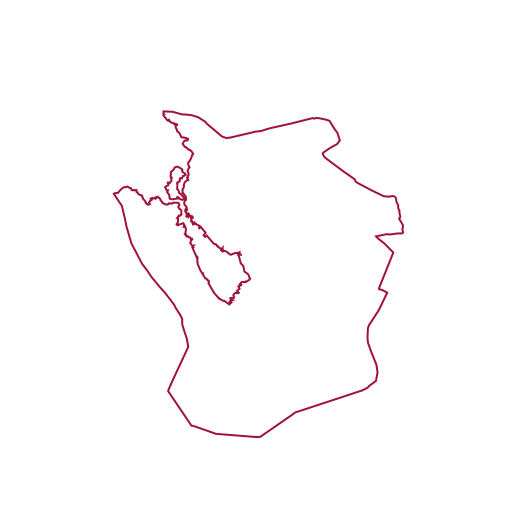 Kota Kendari, Sulawesi Tenggara, Indonesia (Mercator projection), rotated 236°
{"feature_id": "22746128B80961359079738", "entity_name": "Kota Kendari", "entity_type": "district", "adm_level": 2, "iso_a3": "IDN", "parent_name": "Indonesia", "parent_adm1": "Sulawesi Tenggara", "projection": "mercator", "projection_center": [122.584, -4.0], "detail": "fine", "context": "isolated", "style": "outline", "palette": "rose", "viewbox_px": 512, "rotation_deg": 236, "n_neighbors": 0, "source": "geoboundaries", "source_scale": "gbopen_adm2", "svg_char_len": 6147}
<svg xmlns="http://www.w3.org/2000/svg" viewBox="0 0 512 512"><g transform="rotate(236 256 256)"><path d="M85.2,268.8L84.4,274.7L84.7,276.3L85.0,276.5L85.3,285.5L91.4,291.6L98.4,295.0L112.0,297.9L121.7,300.4L126.0,302.8L133.4,308.3L135.3,310.7L142.4,327.4L152.2,344.3L157.2,341.6L159.8,339.5L161.0,340.7L182.1,371.8L195.2,369.3L201.8,367.1L205.1,366.5L201.2,376.2L198.7,379.5L195.9,385.3L193.0,389.9L193.2,391.1L196.4,392.3L198.1,394.3L199.7,395.1L206.7,395.5L207.2,395.8L207.3,396.9L208.1,397.7L212.4,399.4L213.1,400.2L216.0,400.6L218.7,402.3L222.0,402.6L225.8,404.4L227.5,404.3L228.8,403.4L229.5,402.5L230.7,399.6L234.0,395.4L245.7,388.6L257.6,382.2L261.2,380.4L262.5,380.3L264.5,380.7L276.7,376.0L298.4,368.4L300.6,368.1L303.4,368.5L304.1,369.6L304.1,378.9L303.4,385.8L305.0,390.2L312.9,392.4L316.3,392.1L327.0,392.5L330.0,390.2L334.2,386.1L336.4,383.7L337.1,382.4L337.3,381.1L338.6,380.2L346.3,358.9L354.4,338.2L356.9,329.8L359.3,325.3L368.2,301.8L370.3,297.4L374.2,294.6L393.3,289.2L395.4,289.1L403.3,285.7L409.3,280.9L409.8,279.9L411.5,278.2L414.9,273.7L422.3,267.4L427.6,260.2L425.7,258.8L424.8,259.1L424.7,258.2L423.7,257.9L418.0,258.4L417.3,258.8L417.6,260.0L415.7,259.8L414.4,260.2L409.3,264.1L408.8,263.9L408.8,263.5L410.2,263.0L410.6,262.1L409.2,262.5L407.4,261.2L405.4,261.1L403.5,260.4L401.7,261.1L399.9,261.2L396.3,260.5L393.6,263.4L391.3,265.2L390.9,265.1L390.2,264.0L390.3,263.1L391.4,262.1L391.4,260.7L390.0,257.9L386.6,258.0L385.5,258.4L385.4,258.8L381.6,259.7L381.3,260.3L379.3,261.0L375.9,261.1L375.6,260.8L375.3,259.4L373.2,256.7L371.7,253.8L371.7,252.6L370.3,251.2L368.2,250.5L366.6,250.5L366.2,249.0L364.8,246.8L362.6,246.4L361.0,245.6L360.4,244.0L359.8,243.7L360.0,243.5L359.7,243.1L359.4,243.3L359.0,242.6L356.9,242.3L357.3,241.3L357.0,238.1L354.9,235.6L353.7,235.0L351.8,231.8L351.3,231.8L349.7,230.5L349.4,230.5L349.3,230.8L344.2,230.9L341.7,229.3L341.5,227.6L339.7,225.8L338.3,225.5L335.6,225.8L332.8,224.6L332.6,224.2L334.1,223.8L333.6,223.0L332.9,222.5L331.8,222.2L330.3,222.4L329.5,221.8L329.2,222.2L329.1,223.8L328.3,223.9L328.0,223.2L328.5,222.3L328.4,221.6L327.8,220.4L327.3,220.5L326.9,221.2L327.1,223.3L326.8,223.1L327.0,223.5L325.9,224.0L325.5,223.6L325.2,223.7L325.1,225.0L324.1,225.5L323.0,224.7L323.8,223.9L323.6,223.3L321.1,222.3L321.2,221.7L320.8,221.6L320.4,222.4L317.4,221.4L317.0,222.5L317.6,223.3L318.4,223.3L318.4,223.7L316.7,223.6L316.5,224.2L315.3,224.3L314.4,225.1L311.6,226.3L311.5,224.7L310.7,224.6L310.9,226.4L304.1,227.2L303.3,227.1L302.6,224.3L300.3,224.5L300.5,226.6L290.0,227.8L287.8,229.4L286.7,229.3L286.1,229.8L285.5,229.4L281.1,231.1L281.4,232.6L280.6,231.7L279.8,231.8L279.8,231.5L280.6,231.3L280.3,230.3L278.3,230.9L278.6,231.7L279.6,231.5L279.6,232.0L279.1,231.8L276.6,233.7L273.9,234.8L272.6,234.9L271.1,235.9L270.2,240.0L268.8,242.9L268.2,243.5L268.2,244.1L267.3,243.2L267.3,244.1L265.9,243.9L267.0,243.1L266.7,242.8L267.2,242.0L267.0,241.9L266.4,242.6L266.5,241.8L264.6,241.5L258.5,239.3L254.7,239.9L249.9,237.8L249.0,237.9L245.9,239.1L243.9,239.2L241.7,238.4L240.4,238.4L240.0,237.5L240.1,233.0L240.9,232.8L240.8,231.6L242.4,229.9L242.3,228.6L241.7,227.8L240.3,227.7L240.2,227.0L241.4,226.4L240.4,225.6L240.6,224.4L238.1,224.1L237.9,221.4L237.4,220.6L235.2,221.1L235.1,220.4L236.9,218.3L236.8,216.9L236.4,215.5L234.2,214.7L233.5,213.9L235.0,212.3L235.4,211.1L234.4,210.9L232.6,211.7L233.4,210.3L233.1,209.6L232.8,209.7L232.9,209.0L232.5,208.3L231.2,209.3L230.8,206.8L236.4,204.7L237.0,203.9L240.8,201.8L240.8,202.1L242.7,201.4L248.9,200.6L260.1,201.4L260.4,202.2L261.5,202.9L262.5,202.7L262.9,202.2L263.8,202.5L265.3,202.0L265.8,201.4L270.6,201.7L271.2,202.4L271.7,201.7L275.7,201.9L282.1,203.2L286.3,205.6L286.9,206.5L288.1,206.9L288.6,206.8L288.5,206.2L298.6,208.0L298.4,209.0L299.4,208.9L299.6,209.7L299.9,208.9L303.6,208.7L305.2,211.3L305.6,211.3L305.6,212.5L306.1,212.6L306.2,211.6L308.0,211.8L309.0,210.8L310.4,210.7L311.0,209.3L313.7,209.4L313.3,210.0L314.4,210.2L317.0,212.7L320.2,213.9L320.4,213.6L319.6,213.3L320.7,212.3L322.0,213.9L323.8,214.1L325.2,209.3L325.0,208.8L325.5,208.1L326.4,207.8L326.8,207.9L327.0,209.2L327.7,210.0L329.1,211.5L329.5,211.5L330.4,212.3L331.6,211.8L331.8,213.3L332.1,213.4L332.6,214.6L332.1,214.7L331.9,215.7L332.1,217.3L335.2,219.4L336.8,219.4L338.2,218.8L340.0,219.0L340.5,219.3L341.1,221.0L343.4,221.4L346.4,217.5L346.3,216.0L347.0,215.3L347.3,214.1L348.4,213.3L348.0,211.6L349.6,209.6L350.4,209.4L352.0,208.1L353.1,208.5L354.6,208.1L355.9,208.1L356.7,208.5L358.6,208.3L359.7,206.8L359.9,205.6L360.5,205.6L360.6,206.0L360.8,205.4L360.2,205.3L359.8,204.6L360.5,204.4L361.3,203.0L362.3,202.5L362.3,201.8L361.0,201.4L360.9,201.0L361.6,200.5L360.8,200.4L360.9,199.1L360.2,197.2L358.4,197.1L358.9,195.1L360.2,194.5L361.3,194.7L361.4,194.4L363.9,194.8L366.5,194.3L367.6,194.8L368.9,194.7L369.7,195.3L370.4,195.1L371.3,194.0L373.5,193.0L374.8,193.4L375.8,192.7L377.5,193.8L378.4,192.5L378.4,191.9L379.2,191.2L379.2,190.7L380.3,189.7L381.8,190.4L384.3,188.6L385.4,188.4L386.1,186.0L386.6,185.7L387.0,183.8L386.4,179.7L385.5,177.1L387.0,174.1L387.1,172.9L372.5,172.8L360.4,168.3L353.1,165.2L336.3,159.8L313.2,157.2L304.5,157.7L297.5,157.6L284.8,158.8L276.8,160.0L261.0,160.9L258.2,160.4L249.6,160.2L245.3,159.7L240.4,156.5L225.9,152.3L218.6,149.1L199.7,117.7L193.8,108.3L192.9,107.6L151.4,107.6L150.2,109.0L131.0,123.3L105.9,154.8L103.7,158.4L104.2,198.8L104.4,200.9L85.2,268.8ZM356.1,218.3L353.7,217.7L352.2,216.6L351.3,216.8L349.8,218.3L347.5,223.2L348.8,223.5L348.7,224.0L348.0,223.9L347.5,224.5L346.9,224.1L343.7,226.3L343.5,228.7L345.9,228.8L349.9,228.2L351.0,227.5L353.4,228.4L355.7,228.1L358.9,230.6L360.5,231.2L361.0,232.1L360.4,232.8L360.8,234.7L361.1,235.2L362.1,235.4L362.9,236.8L361.7,238.0L363.1,240.3L362.5,242.4L362.9,243.3L364.2,243.2L366.8,242.1L368.0,242.3L368.6,243.2L369.2,243.3L372.8,241.6L374.1,240.7L374.7,239.0L374.7,237.8L373.5,235.3L373.2,232.3L370.6,230.6L370.2,229.9L368.3,229.2L368.0,229.8L365.5,227.7L364.8,225.3L365.0,224.4L365.8,224.6L366.2,223.9L365.8,223.6L364.4,223.6L363.7,222.6L364.0,221.3L363.9,219.1L360.3,218.7L359.8,219.7L358.2,217.9L356.1,218.3Z" fill="none" stroke="#9f1239" stroke-width="2"/></g></svg>